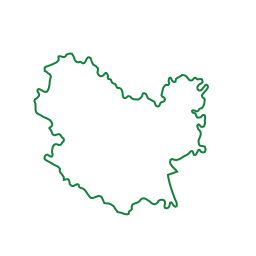 outline of Slutsk, Minsk, Belarus, rotated 72°
{"feature_id": "67162791B93573624741448", "entity_name": "Slutsk", "entity_type": "district", "adm_level": 2, "iso_a3": "BLR", "parent_name": "Belarus", "parent_adm1": "Minsk", "projection": "orthographic", "projection_center": [27.567, 53.118], "detail": "fine", "context": "isolated", "style": "outline", "palette": "green", "viewbox_px": 256, "rotation_deg": 72, "n_neighbors": 0, "source": "geoboundaries", "source_scale": "gbopen_adm2", "svg_char_len": 5792}
<svg xmlns="http://www.w3.org/2000/svg" viewBox="0 0 256 256"><g transform="rotate(72 128 128)"><path d="M48.0,189.6L49.2,188.2L51.7,186.8L52.8,185.8L54.3,185.5L55.1,185.4L58.1,187.2L59.6,188.1L61.7,188.9L63.4,189.7L65.4,190.9L67.0,192.2L68.4,193.9L68.2,195.5L67.5,196.5L66.2,197.8L64.9,198.9L63.5,200.5L63.4,201.5L64.0,202.4L65.1,202.7L66.2,202.6L66.8,202.3L68.4,202.2L69.8,202.6L71.0,204.5L71.6,205.8L71.9,207.5L72.7,208.3L73.8,208.6L76.4,208.6L79.4,209.4L80.3,209.7L81.6,210.1L82.8,210.4L85.0,210.4L86.2,209.6L87.8,208.2L88.8,207.1L91.7,204.7L93.4,202.6L94.7,201.3L96.4,199.8L98.0,199.2L99.6,198.8L101.3,198.9L102.4,199.7L103.2,201.3L103.4,202.5L104.0,202.9L105.5,202.3L106.3,202.0L110.1,201.7L111.2,201.2L112.2,200.2L112.3,199.0L112.3,197.1L112.5,195.6L113.6,194.4L115.6,194.0L116.8,193.6L118.0,192.6L119.1,192.5L120.7,193.3L121.7,195.4L122.8,196.5L123.1,197.7L122.9,199.0L121.8,200.2L121.1,201.4L121.0,202.9L121.8,204.6L122.9,205.5L126.3,207.3L127.5,207.7L129.1,207.8L130.3,208.1L131.5,208.9L131.5,209.8L130.9,211.0L129.7,211.7L128.6,212.7L128.3,213.4L128.3,214.1L128.9,215.4L129.8,216.3L131.3,216.9L132.8,216.3L133.8,215.4L135.7,213.6L137.7,211.7L140.1,209.7L143.3,206.4L145.1,205.6L146.1,205.4L147.2,206.0L148.2,206.3L149.4,206.1L152.5,204.9L154.7,204.3L157.5,205.0L157.7,202.4L158.2,200.9L159.3,200.3L161.2,200.3L163.1,200.7L164.5,200.3L165.8,199.2L166.3,197.9L166.0,196.2L165.8,195.0L165.8,193.4L166.8,192.5L168.0,192.6L169.2,192.6L170.2,191.7L172.1,189.1L174.5,187.9L179.0,186.6L181.2,185.8L182.7,185.2L183.4,184.0L183.7,182.3L183.5,177.3L184.1,175.8L185.3,174.5L187.9,174.1L192.0,173.8L193.1,171.7L193.6,170.1L194.8,168.5L196.1,167.2L197.4,166.2L198.7,165.5L200.6,165.2L202.9,164.3L204.6,164.0L205.4,162.7L206.2,161.2L207.5,159.4L208.9,157.7L209.5,156.4L209.9,155.0L209.8,153.7L208.1,153.2L207.5,152.3L207.1,150.6L206.6,149.6L205.3,149.1L204.2,148.9L202.6,147.9L201.9,146.3L201.9,143.9L201.7,141.1L201.0,139.3L200.1,138.3L199.5,136.3L199.8,134.5L201.1,132.8L202.7,131.6L204.0,130.5L205.4,129.5L206.8,128.8L208.2,127.3L208.8,126.2L208.7,124.9L208.1,122.8L207.0,121.9L206.4,120.1L206.5,118.4L207.3,116.6L208.5,115.9L209.8,115.7L211.5,116.2L212.4,116.9L214.1,117.6L215.4,117.5L216.3,116.2L216.3,114.6L215.7,113.5L214.7,112.5L213.3,111.8L212.0,111.0L212.1,109.7L213.4,109.3L215.1,108.8L217.0,108.0L217.6,107.0L217.1,105.7L215.0,105.0L213.0,104.9L210.3,105.3L201.2,105.6L193.7,105.5L186.8,104.9L184.9,104.5L184.7,94.8L182.9,95.4L178.9,97.6L175.6,98.7L174.8,98.7L173.3,98.4L171.5,97.4L171.1,96.3L171.3,95.1L172.2,94.4L173.5,91.9L173.5,89.9L173.4,88.0L172.9,86.1L172.4,84.4L171.9,81.9L171.7,80.1L171.0,77.9L170.5,77.2L169.6,75.8L169.7,74.2L170.9,73.6L171.6,73.6L172.8,73.7L173.9,73.6L174.4,72.4L174.1,71.4L173.1,70.4L170.6,67.7L170.8,66.8L171.7,66.3L172.9,66.1L173.9,65.1L174.5,64.0L174.5,62.4L173.1,61.2L171.5,60.7L169.9,60.6L168.7,61.7L167.5,64.2L166.8,65.2L165.6,65.5L162.8,65.2L160.7,64.1L159.2,62.6L156.9,61.0L155.1,60.4L153.9,60.3L152.5,60.7L151.3,61.4L150.2,61.6L149.3,61.6L147.2,61.4L146.5,60.6L146.4,59.7L147.2,59.1L149.3,58.2L149.8,57.4L150.0,56.6L149.9,55.3L148.1,53.8L147.0,53.2L144.8,52.7L143.4,52.0L141.7,51.3L140.1,51.0L139.1,51.7L138.8,53.0L139.4,54.0L140.1,55.0L140.2,56.4L139.7,58.2L139.2,59.0L137.7,59.3L135.2,59.3L134.6,59.9L134.2,60.6L133.4,61.6L132.5,62.0L131.4,61.7L131.2,60.9L131.5,59.9L132.2,59.1L132.9,58.4L133.3,57.8L133.6,56.7L133.2,55.7L131.9,54.0L131.9,51.6L131.2,50.5L129.9,49.1L128.8,48.2L125.8,46.7L124.4,46.2L122.9,46.8L122.1,47.5L121.4,47.7L119.8,47.7L118.8,46.6L118.3,45.5L117.3,44.1L116.8,43.1L116.1,41.9L114.4,39.7L113.0,39.1L112.1,39.2L110.9,40.2L111.2,41.6L112.2,42.7L112.9,43.8L114.1,45.6L114.5,46.6L114.6,47.9L114.1,49.0L113.2,49.6L112.3,49.8L110.5,49.3L109.2,48.0L108.5,46.4L108.3,44.9L107.8,43.6L107.0,42.7L104.8,42.6L104.0,43.4L103.7,44.7L103.4,46.4L102.8,47.3L101.1,48.3L100.9,49.0L101.1,50.1L101.9,50.9L102.3,51.9L102.4,52.8L102.1,53.9L101.5,54.8L97.8,56.2L96.4,56.9L95.3,58.2L94.3,60.2L94.6,61.0L94.9,62.3L95.4,63.6L95.5,65.4L96.0,66.8L96.5,67.3L97.5,68.0L98.6,68.5L98.6,69.4L98.3,70.3L97.7,70.8L96.4,71.4L95.2,71.6L94.1,71.7L93.3,71.9L93.2,72.9L93.7,73.7L95.3,74.6L96.5,75.0L98.0,74.9L99.0,75.4L99.5,76.4L99.3,77.3L98.7,78.2L98.7,79.1L99.4,80.3L100.4,81.7L101.3,82.5L105.3,84.9L107.2,86.1L108.0,86.0L109.2,85.3L110.1,84.4L111.0,84.0L112.1,84.0L113.4,84.9L113.8,86.0L113.9,87.1L113.9,88.5L114.1,89.3L115.1,90.0L115.9,90.8L116.8,92.0L116.8,92.7L116.1,94.0L115.2,94.5L114.3,94.7L111.9,94.7L110.8,95.0L109.5,96.4L107.7,98.0L106.2,99.7L103.9,100.1L102.5,100.2L101.6,100.3L100.7,100.9L99.9,101.8L99.7,102.9L100.5,103.8L101.6,104.5L102.4,105.2L103.1,106.3L103.4,107.0L103.8,108.0L104.0,108.9L103.9,110.3L103.4,111.1L103.0,112.1L102.6,113.4L101.8,114.5L100.4,115.6L99.3,115.9L98.7,116.3L98.0,117.4L97.8,118.5L98.1,119.2L98.7,120.6L98.7,121.4L98.2,122.4L97.3,123.0L95.7,122.9L93.3,122.4L92.0,122.2L91.1,122.2L89.5,122.3L88.4,122.7L87.4,123.7L86.5,125.8L85.7,126.1L84.6,126.1L83.6,126.2L82.4,126.6L82.0,126.9L81.1,128.1L80.3,128.8L79.2,129.3L78.1,129.3L77.2,129.3L76.6,129.4L76.1,129.9L75.8,130.8L75.4,131.5L74.2,131.8L73.8,131.8L72.6,131.0L71.2,130.9L70.1,131.2L69.0,131.6L68.7,132.3L69.0,133.1L70.0,134.6L70.5,135.6L70.5,137.1L70.3,138.3L68.6,139.5L66.8,139.9L65.7,139.9L64.8,139.4L63.6,138.6L61.7,138.2L60.6,138.8L59.2,139.4L58.2,140.4L56.8,141.5L55.4,141.7L54.2,142.0L51.5,141.9L49.9,142.0L48.8,143.0L48.5,144.1L49.2,145.6L50.3,146.7L51.6,147.9L52.6,149.2L52.7,150.6L51.9,151.6L50.4,152.7L50.1,153.7L50.2,154.9L49.5,156.3L48.2,157.1L46.8,157.6L43.3,157.6L39.9,158.5L39.2,160.5L39.1,163.2L39.7,164.5L40.5,165.2L40.8,166.5L40.4,167.9L38.7,170.4L38.4,171.6L39.1,172.4L40.2,172.4L41.5,172.7L42.6,174.0L43.4,175.3L43.8,177.7L44.0,179.8L44.3,183.0L44.3,186.7L44.8,188.5L46.3,189.1L48.0,189.6Z" fill="none" stroke="#15803d" stroke-width="2"/></g></svg>